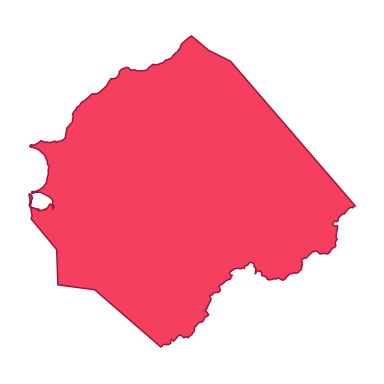 the district of Rigo District, Central, Papua New Guinea, rotated 92°
{"feature_id": "67681753B71555956304677", "entity_name": "Rigo District", "entity_type": "district", "adm_level": 2, "iso_a3": "PNG", "parent_name": "Papua New Guinea", "parent_adm1": "Central", "projection": "albers", "projection_center": [147.903, -9.673], "detail": "fine", "context": "isolated", "style": "filled", "palette": "rose", "viewbox_px": 384, "rotation_deg": 92, "n_neighbors": 0, "source": "geoboundaries", "source_scale": "gbopen_adm2", "svg_char_len": 6011}
<svg xmlns="http://www.w3.org/2000/svg" viewBox="0 0 384 384"><g transform="rotate(92 192 192)"><path d="M348.0,217.7L347.0,216.5L345.5,215.3L345.2,214.6L345.5,212.1L345.1,211.1L345.3,209.7L344.3,208.8L343.6,207.9L340.7,208.0L340.4,206.5L341.7,205.3L341.6,205.0L340.7,204.1L339.9,203.7L339.3,203.2L339.0,202.6L336.9,201.5L336.0,200.2L335.8,199.5L335.1,198.4L335.8,197.2L336.5,196.8L337.9,195.4L337.4,194.3L337.5,193.8L336.9,192.9L337.7,190.8L337.6,190.4L336.9,190.3L334.1,186.9L332.8,186.3L331.4,185.3L330.5,185.0L327.1,184.6L326.6,183.9L325.7,183.5L325.2,182.8L324.3,182.5L323.1,181.1L322.4,180.6L321.8,179.3L321.6,177.4L320.8,176.8L320.3,176.2L317.8,175.1L317.3,175.1L316.4,174.3L315.2,171.8L314.3,171.3L313.7,171.1L313.2,171.9L312.3,172.2L310.4,174.1L310.1,174.9L309.8,174.8L308.8,173.6L306.7,172.4L305.7,172.5L305.1,172.0L303.3,171.2L301.7,170.7L300.5,169.6L297.6,169.3L297.0,169.9L295.4,170.7L295.1,170.7L294.3,169.5L294.1,167.8L293.3,167.8L292.8,167.6L291.8,166.1L291.5,164.6L291.4,162.0L289.9,160.5L289.4,160.4L287.9,160.6L285.7,161.6L284.1,160.8L283.7,159.7L282.3,157.6L281.6,156.9L280.1,155.7L279.6,155.1L279.4,154.4L278.2,152.5L278.1,151.4L277.6,150.7L277.0,150.3L276.0,150.1L273.8,149.0L273.6,150.6L272.8,151.4L271.1,151.8L269.9,150.0L269.3,149.7L268.7,148.9L268.7,148.5L268.3,148.1L267.6,147.7L267.4,146.5L266.9,145.5L266.7,143.9L266.9,143.1L266.7,142.3L266.7,141.8L267.1,141.5L267.1,140.7L266.5,140.1L266.1,139.4L266.4,136.9L265.6,136.9L264.0,136.2L263.6,135.5L263.4,134.2L260.8,132.1L260.4,131.3L260.2,130.6L260.5,129.6L261.9,127.3L264.5,127.4L264.9,126.5L266.2,125.9L266.2,125.6L271.3,125.9L271.1,125.5L270.3,125.1L269.3,125.2L268.9,124.8L268.4,123.6L269.1,121.9L268.7,120.6L268.9,120.1L269.8,120.1L271.5,119.3L273.0,119.3L273.5,118.5L273.3,117.4L273.7,116.4L274.3,115.7L274.5,114.2L276.2,114.0L276.6,113.6L276.8,112.8L277.2,112.3L276.8,109.5L276.2,108.0L275.9,106.2L276.0,104.9L275.1,102.7L275.1,102.2L276.9,98.9L276.8,97.5L275.3,95.4L274.0,94.9L273.4,94.5L272.2,92.9L270.9,92.1L270.5,91.5L269.3,86.5L269.2,85.7L269.5,85.3L269.5,84.6L268.6,82.8L266.8,81.6L266.0,80.3L263.7,79.6L261.6,79.6L260.2,79.2L259.3,79.3L258.1,79.5L257.8,80.2L255.6,79.9L255.2,79.6L254.9,78.5L254.3,77.6L253.9,75.6L252.6,74.2L250.4,72.4L248.2,70.1L247.1,67.7L246.6,65.6L247.2,64.4L249.3,62.2L249.5,61.6L248.8,58.4L248.9,56.3L249.2,54.8L248.6,53.4L246.8,51.8L244.6,50.8L243.8,50.0L242.5,48.2L241.8,47.0L241.3,46.7L240.6,46.4L240.1,46.5L238.5,47.1L237.9,47.0L236.3,46.5L234.3,45.4L233.5,45.6L232.3,46.3L231.7,46.5L230.7,46.5L228.9,46.1L227.2,46.2L223.0,45.2L221.3,45.3L220.7,45.7L220.4,46.3L221.0,47.7L221.1,48.5L220.5,49.4L219.1,50.2L218.3,49.9L217.5,49.4L216.4,49.1L216.1,48.3L216.7,46.5L216.2,45.4L214.9,44.9L213.1,44.8L212.6,44.6L211.7,43.5L210.8,42.8L208.8,40.8L208.6,38.9L207.5,38.3L206.9,38.2L206.8,37.7L206.3,37.2L204.0,35.8L202.0,33.4L201.9,32.7L202.2,30.8L200.3,29.1L200.2,28.4L59.9,158.1L49.8,180.4L36.0,198.0L36.9,199.0L38.1,200.8L43.9,207.1L45.9,208.2L48.1,208.9L48.7,208.9L51.1,210.9L52.1,211.1L52.6,211.5L53.3,212.9L56.5,216.0L58.4,216.8L59.1,217.5L59.6,219.0L60.4,220.4L61.2,223.0L61.9,223.8L62.8,224.3L64.2,226.1L64.4,226.6L64.5,228.0L65.8,230.1L65.8,232.2L66.3,233.0L66.1,234.1L65.8,234.6L65.8,235.4L66.1,236.0L68.1,238.0L68.8,239.1L69.6,239.8L71.2,240.8L71.7,241.7L72.0,243.0L72.4,244.2L72.6,247.8L72.8,248.7L72.8,251.3L72.0,253.2L71.9,253.8L72.2,255.5L72.2,257.0L71.9,257.9L70.1,259.9L69.7,261.4L69.9,262.4L71.6,266.4L73.2,268.1L74.1,268.7L76.1,268.9L76.9,269.3L78.1,269.7L79.5,270.7L80.7,272.1L81.2,273.3L81.4,273.9L81.6,276.8L81.8,277.3L82.8,277.6L83.9,278.5L84.8,278.8L86.0,279.8L87.4,280.2L89.6,281.7L96.2,288.8L97.3,291.0L97.3,294.0L97.9,295.8L98.4,296.4L101.2,299.0L102.9,301.1L104.6,302.9L105.2,303.7L105.2,304.4L106.7,305.9L108.8,306.9L109.8,307.6L110.5,308.6L110.7,309.2L111.3,309.9L112.3,310.5L112.7,310.5L113.9,311.2L114.5,311.9L118.3,314.2L118.8,314.2L119.9,313.4L123.8,313.8L124.4,314.0L126.3,314.0L126.9,314.5L129.3,316.9L130.7,317.5L132.1,319.1L133.3,319.6L135.9,319.4L136.9,320.0L138.6,320.0L139.9,320.4L142.3,320.5L143.3,321.4L145.3,324.1L145.9,326.2L145.9,327.1L146.3,328.1L147.3,329.0L147.4,329.5L147.0,329.8L146.6,329.8L146.0,330.7L146.0,331.1L146.6,332.4L147.6,335.8L147.6,336.7L147.2,337.8L147.0,338.7L147.6,340.2L146.6,342.7L146.1,345.2L146.5,345.5L146.9,345.5L147.8,346.3L148.2,347.2L148.8,348.0L149.4,349.3L150.2,350.6L150.4,351.5L150.8,352.0L150.8,352.9L150.4,353.7L150.4,354.3L151.0,355.4L151.5,355.6L152.0,355.6L152.7,355.0L153.1,353.1L153.1,352.1L153.8,349.8L155.3,346.5L158.8,342.4L159.7,341.1L160.5,340.4L162.5,339.6L163.4,338.9L163.9,338.9L165.8,337.9L168.2,337.6L169.9,337.0L171.1,336.2L171.9,335.3L173.1,335.9L173.4,336.3L176.1,336.5L177.2,336.3L179.7,336.3L182.5,337.2L185.1,337.3L186.8,337.9L188.2,337.9L189.8,339.3L191.7,340.4L194.5,343.6L196.7,347.7L197.1,349.4L197.1,351.7L197.5,352.2L198.3,352.3L198.8,351.8L198.8,350.9L197.9,348.7L197.9,348.2L197.7,347.8L197.5,343.9L198.5,341.0L200.5,337.2L201.1,335.6L201.9,334.3L204.3,331.5L206.2,330.8L208.9,331.1L210.4,329.6L210.8,329.3L212.0,329.5L213.6,330.4L211.8,331.0L210.8,331.0L210.1,331.7L209.9,332.1L209.0,333.2L209.0,333.6L209.6,334.1L210.6,334.3L211.7,335.2L212.4,335.5L212.9,335.9L213.0,336.2L213.7,336.9L214.0,337.7L214.4,338.0L214.9,337.8L215.2,338.2L214.7,339.0L214.7,339.8L215.5,340.7L215.7,342.2L215.5,343.1L215.7,343.5L216.3,344.1L215.0,344.3L214.3,344.6L214.3,345.0L214.6,345.4L215.3,345.9L215.3,346.1L215.0,346.4L214.3,346.6L214.1,347.0L213.8,348.9L213.2,349.7L213.2,350.5L213.5,351.0L213.3,351.4L212.6,352.2L211.2,353.1L209.4,352.5L207.9,352.3L206.3,352.2L204.8,351.8L204.2,351.3L203.4,351.3L202.6,351.8L201.3,351.9L200.7,352.3L199.6,353.9L199.6,354.5L199.9,354.7L201.2,354.8L202.2,354.2L203.6,354.1L205.1,353.7L206.6,353.6L208.7,353.6L210.0,354.2L210.8,354.2L213.9,352.7L214.4,352.3L215.2,352.1L219.3,351.6L220.6,351.1L222.2,351.1L223.0,351.7L223.8,351.8L224.6,351.5L225.2,351.4L225.2,351.1L254.3,325.2L289.5,322.8L293.1,285.8L348.0,217.7Z" fill="#f43f5e" stroke="#9f1239" stroke-width="1.5"/></g></svg>